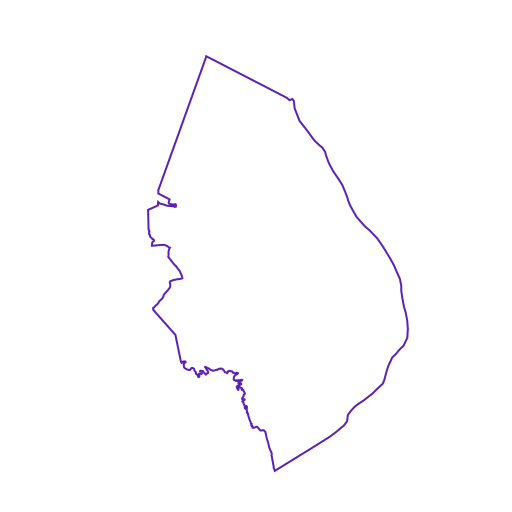 the district of Barito Timur, Kalimantan Tengah, Indonesia, rotated 142°
{"feature_id": "22746128B29529230943245", "entity_name": "Barito Timur", "entity_type": "district", "adm_level": 2, "iso_a3": "IDN", "parent_name": "Indonesia", "parent_adm1": "Kalimantan Tengah", "projection": "orthographic", "projection_center": [115.357, -2.015], "detail": "fine", "context": "isolated", "style": "outline", "palette": "violet", "viewbox_px": 512, "rotation_deg": 142, "n_neighbors": 0, "source": "geoboundaries", "source_scale": "gbopen_adm2", "svg_char_len": 5950}
<svg xmlns="http://www.w3.org/2000/svg" viewBox="0 0 512 512"><g transform="rotate(142 256 256)"><path d="M172.3,444.0L172.8,443.5L292.3,368.1L294.5,365.4L289.2,353.8L291.7,352.1L292.3,351.2L292.3,350.9L291.8,350.1L290.9,348.9L289.5,347.6L287.5,346.3L287.5,345.9L288.4,344.6L288.7,344.7L288.9,344.3L289.9,344.8L289.6,345.7L290.5,346.0L295.2,350.4L296.3,352.4L299.5,356.6L299.9,358.8L302.2,356.2L312.6,358.8L324.3,343.1L324.5,342.6L324.4,342.0L324.5,341.5L325.3,341.0L325.3,340.5L326.1,339.9L326.4,339.5L326.5,338.9L326.8,338.7L326.7,338.2L326.8,337.7L327.3,337.0L327.5,336.4L327.4,335.9L327.5,335.4L327.2,334.5L327.1,333.7L327.2,333.0L326.7,332.5L326.6,331.7L327.1,330.7L329.4,330.6L331.7,328.1L325.5,324.1L321.7,321.5L320.0,318.8L319.2,316.3L318.8,315.5L319.8,315.1L321.7,313.8L322.8,312.6L323.9,311.0L325.7,309.3L325.7,299.2L325.3,298.0L325.4,290.6L325.9,289.4L326.3,287.3L327.1,284.9L327.6,283.9L328.3,283.9L330.4,284.9L333.0,286.5L334.7,287.2L335.5,287.8L336.5,288.1L337.1,288.1L338.1,288.6L338.8,288.8L339.2,288.9L339.6,288.7L340.1,288.4L340.4,287.9L340.9,286.5L342.2,284.9L342.5,284.7L342.9,284.5L343.2,284.3L344.4,283.8L346.5,283.3L350.6,282.6L352.5,282.2L353.8,281.2L355.6,280.3L355.9,280.3L357.0,280.1L359.5,280.0L361.0,279.6L361.7,279.2L362.2,279.0L363.9,278.7L365.5,278.7L368.0,278.3L369.1,278.4L370.0,277.0L369.9,276.9L370.0,276.7L369.9,276.5L370.0,276.2L370.0,275.7L370.0,275.3L369.9,275.1L370.0,274.9L369.9,274.7L370.0,274.5L368.2,245.2L368.0,243.6L380.2,219.0L380.3,218.7L380.3,218.2L380.4,217.7L380.3,217.4L379.8,217.3L378.9,217.7L378.4,217.7L377.2,217.0L376.6,216.4L376.6,216.0L377.0,215.6L378.0,215.7L378.7,215.6L379.0,215.4L380.0,214.7L381.2,212.6L381.3,212.2L381.2,211.7L380.3,209.3L380.0,208.7L379.3,207.8L378.6,207.1L378.4,206.9L378.2,206.9L375.7,207.4L375.4,207.3L375.2,207.2L374.9,206.8L374.4,205.7L374.3,205.2L375.1,203.3L374.9,202.3L375.1,201.5L375.3,200.9L375.8,200.2L375.8,199.9L375.4,199.0L375.6,197.5L375.4,196.8L375.5,196.6L376.0,196.3L376.0,196.2L375.9,196.0L375.7,195.9L375.2,195.9L374.7,196.0L374.3,196.4L373.6,198.0L373.3,198.2L373.1,198.1L372.7,197.6L371.7,196.7L371.3,196.6L371.1,196.7L370.9,196.8L370.6,197.6L370.5,198.4L370.4,198.9L370.5,199.1L370.8,199.3L371.1,199.6L370.8,199.8L370.5,199.8L369.0,198.4L368.7,197.9L368.7,197.2L368.8,196.2L368.8,195.8L368.5,194.4L368.5,193.4L368.1,193.3L367.0,193.6L366.7,193.6L366.1,193.3L365.9,193.3L365.3,194.0L365.2,194.3L364.7,195.2L364.7,195.5L365.0,196.8L364.6,197.3L364.5,197.6L364.6,198.3L364.5,199.1L364.6,199.7L364.5,199.9L364.2,199.9L364.1,199.7L363.7,198.7L363.4,198.3L362.4,196.3L361.8,194.2L361.0,192.9L360.8,192.5L360.4,192.2L360.1,191.7L358.8,191.2L358.5,191.1L357.9,191.0L357.2,190.8L356.9,190.5L356.8,190.2L356.7,190.1L356.3,190.2L355.9,190.0L354.9,190.0L354.2,189.5L353.6,189.5L353.3,189.1L353.2,188.8L352.5,188.5L352.0,187.9L351.8,186.9L351.9,186.5L351.7,185.4L351.9,185.0L352.0,183.5L351.8,183.3L351.4,182.9L351.2,182.5L351.1,181.8L351.0,181.6L350.8,181.4L350.5,181.4L349.5,182.1L349.0,182.3L348.7,182.3L347.8,182.0L347.5,181.7L346.9,180.7L346.4,180.2L346.0,180.0L345.7,179.6L345.9,178.5L346.0,178.1L344.8,176.8L344.5,175.9L344.3,175.7L343.9,175.9L343.4,175.9L343.1,175.9L342.5,175.2L342.3,174.9L342.4,174.7L342.7,174.6L344.0,174.6L345.0,174.7L345.8,174.9L346.2,174.7L347.2,174.6L348.2,174.0L349.5,172.5L349.6,172.0L349.7,171.8L349.7,171.5L349.1,171.0L348.8,170.6L348.8,170.1L348.7,170.0L348.2,170.3L347.9,170.2L347.6,169.7L347.5,169.2L347.6,168.7L347.3,168.4L347.0,168.3L346.8,168.6L346.6,169.0L346.3,169.0L345.1,168.0L344.0,167.6L343.4,167.2L343.2,166.8L343.4,166.7L343.9,166.6L344.8,167.1L345.5,167.7L345.8,167.7L346.0,167.0L345.9,166.4L346.0,166.1L346.3,166.1L347.3,166.5L347.9,166.6L348.3,166.4L348.5,166.1L348.4,165.8L347.9,165.7L347.3,165.9L347.1,165.8L346.9,165.6L346.7,165.1L346.6,164.7L346.4,164.3L346.5,164.1L347.4,164.1L348.2,164.5L348.8,164.7L350.1,164.8L350.4,164.8L351.3,165.1L351.5,165.0L351.6,164.9L351.8,164.5L352.0,163.7L352.3,163.3L352.4,163.1L352.3,162.3L352.5,161.6L352.3,161.4L352.1,161.5L351.8,162.1L351.1,162.7L349.8,163.4L349.5,163.3L349.5,162.0L348.8,161.2L348.5,160.5L348.7,159.8L349.4,159.7L349.6,159.5L349.5,159.2L348.7,158.8L348.5,158.2L348.8,157.6L349.0,156.9L349.0,156.1L349.3,154.6L349.5,154.4L351.5,154.0L351.9,153.3L352.5,153.0L354.0,152.7L354.6,152.3L354.8,152.0L354.9,151.8L353.4,150.2L353.3,149.9L353.4,149.7L355.0,149.8L355.9,149.9L356.2,149.9L356.3,149.8L356.3,149.5L355.9,149.1L355.9,148.7L356.9,146.8L357.0,145.8L357.4,144.5L358.5,143.1L358.5,142.5L358.2,141.7L357.8,141.4L357.5,141.6L357.2,141.8L356.9,142.5L356.6,143.3L356.2,143.8L355.9,143.7L355.9,142.9L356.0,142.7L357.1,141.4L358.0,140.8L358.5,139.4L358.7,139.1L359.6,138.3L359.6,138.0L359.2,137.6L359.3,136.9L360.2,135.4L362.1,130.2L362.4,128.7L362.6,128.1L363.1,127.2L363.1,126.9L362.8,126.3L363.8,125.7L364.1,125.3L364.1,124.9L363.7,124.9L363.5,124.2L363.8,123.6L364.4,122.8L363.5,122.2L363.4,121.9L360.7,121.1L360.2,120.5L360.0,116.0L359.5,115.3L357.4,114.2L357.1,113.6L356.9,111.7L359.5,106.3L361.9,100.2L363.4,97.1L364.2,94.5L364.9,91.5L365.4,90.3L366.7,89.1L367.0,88.2L368.4,85.7L369.2,84.0L370.5,81.6L370.8,81.0L371.7,79.1L372.3,78.6L372.5,78.2L372.8,77.0L373.5,75.1L327.3,70.0L309.4,68.2L301.5,68.0L290.6,68.4L286.0,69.7L281.5,74.2L275.9,75.7L270.7,76.5L267.7,76.5L260.0,75.9L249.1,75.9L242.2,76.7L234.8,77.3L231.7,79.0L224.0,84.8L219.9,87.6L211.0,92.2L206.5,92.6L199.7,94.0L194.9,94.5L187.1,98.4L181.1,105.2L176.5,112.2L172.8,119.4L170.7,124.8L166.4,133.1L163.1,138.9L159.8,143.2L156.7,149.4L154.6,157.9L153.0,163.8L151.7,172.1L150.2,185.2L149.6,195.2L150.7,206.4L151.9,212.0L152.7,224.8L151.7,231.8L150.7,237.8L149.6,241.9L148.0,246.0L146.3,251.4L144.3,258.8L143.6,265.3L143.0,275.2L141.7,282.9L141.1,285.3L138.8,292.5L137.4,295.6L137.0,300.6L137.7,303.4L138.8,310.4L138.8,314.6L138.5,323.4L138.5,335.7L134.6,348.6L130.7,355.0L130.7,357.4L133.6,358.1L134.3,361.6L171.1,441.6L172.3,444.0Z" fill="none" stroke="#5b21b6" stroke-width="2"/></g></svg>